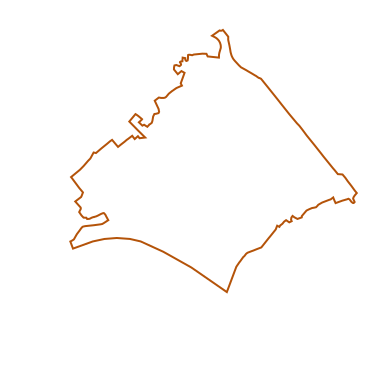 the district of Hai Ba Trung, Ha Noi, Vietnam, rotated 141°
{"feature_id": "81297802B70315889029707", "entity_name": "Hai Ba Trung", "entity_type": "district", "adm_level": 2, "iso_a3": "VNM", "parent_name": "Vietnam", "parent_adm1": "Ha Noi", "projection": "robinson", "projection_center": [105.856, 21.007], "detail": "fine", "context": "isolated", "style": "outline", "palette": "amber", "viewbox_px": 384, "rotation_deg": 141, "n_neighbors": 0, "source": "geoboundaries", "source_scale": "gbopen_adm2", "svg_char_len": 3677}
<svg xmlns="http://www.w3.org/2000/svg" viewBox="0 0 384 384"><g transform="rotate(141 192 192)"><path d="M75.5,258.2L75.6,259.4L75.8,260.8L75.9,262.4L76.2,267.1L76.2,269.1L76.1,270.1L75.9,271.1L75.7,272.0L75.5,272.8L75.1,273.9L74.4,275.5L74.0,276.4L72.9,278.3L71.8,280.3L71.3,281.2L70.4,282.9L69.6,284.5L68.3,287.1L68.0,287.6L66.6,289.3L66.1,289.9L66.0,298.5L67.1,298.6L68.0,299.1L68.5,299.6L68.9,300.2L78.1,300.8L76.8,297.9L76.2,296.2L75.9,294.1L75.9,292.4L76.3,290.4L77.2,288.2L78.0,287.0L78.9,285.9L83.1,283.0L84.6,281.7L86.5,279.5L94.5,287.5L93.8,290.3L96.8,292.9L104.1,297.7L105.8,298.2L107.3,300.0L108.4,300.8L108.9,300.9L111.3,298.1L112.6,297.0L113.8,297.3L114.1,297.9L114.1,298.3L113.8,299.3L113.0,300.3L114.7,302.3L117.2,299.6L118.4,300.4L119.4,300.6L119.8,300.3L119.8,299.0L120.3,297.9L120.6,297.7L121.9,297.6L122.6,297.7L123.0,298.4L124.3,300.6L126.0,301.4L127.5,300.2L128.9,298.6L128.9,292.5L124.1,292.6L122.8,289.3L132.4,283.5L132.9,281.0L138.7,282.6L144.3,283.0L148.2,283.0L152.2,282.2L153.5,282.3L154.6,282.8L156.8,284.5L157.7,285.6L158.4,286.3L159.7,286.3L163.5,286.4L165.7,277.6L167.1,275.0L168.4,274.4L170.9,275.5L172.1,276.3L174.7,275.1L178.0,272.2L179.7,271.1L181.6,271.1L182.7,271.3L182.8,271.2L185.7,270.8L186.9,274.4L188.8,274.8L189.4,279.6L185.7,279.8L185.0,280.0L185.2,281.2L185.9,284.8L186.5,287.0L186.9,288.1L196.4,286.2L195.2,273.6L194.1,263.8L198.9,266.8L198.9,269.4L203.2,269.2L203.2,270.3L203.1,273.3L208.9,273.5L209.8,273.6L212.8,273.5L217.3,273.6L221.1,273.6L221.3,282.8L223.9,283.0L227.3,282.9L234.9,282.9L242.1,282.7L243.6,284.6L249.9,282.0L253.2,281.6L259.9,280.4L265.1,279.8L276.6,279.7L276.6,278.2L277.1,266.2L277.0,260.3L280.1,258.5L281.3,257.9L288.7,258.1L288.3,250.0L289.0,248.9L292.3,247.4L292.6,243.9L292.6,242.7L292.4,240.3L292.2,240.1L290.3,238.5L290.5,237.0L288.8,235.8L287.6,235.4L286.2,235.2L285.2,234.8L284.4,234.6L284.0,234.2L283.0,233.9L282.2,233.5L281.2,233.2L279.6,232.8L276.5,232.2L274.6,231.6L274.0,231.3L273.7,230.9L273.7,230.1L273.6,229.0L274.1,226.7L274.4,224.9L274.6,224.1L274.8,222.8L275.7,222.9L279.7,223.3L281.8,223.6L283.2,224.3L289.1,227.9L296.5,232.7L298.5,233.7L299.3,233.8L301.1,233.5L303.2,232.9L308.0,231.7L309.3,231.2L312.6,229.9L313.0,229.7L313.9,229.5L314.7,229.6L316.4,229.8L317.7,230.1L320.1,222.9L300.2,216.0L289.6,210.6L279.4,203.6L269.8,194.6L263.0,185.9L252.0,163.8L250.1,159.1L240.0,133.7L227.9,92.3L204.6,106.0L200.3,107.3L199.7,107.5L199.2,107.6L198.6,107.7L198.2,107.8L196.4,108.3L194.2,108.9L193.7,109.0L193.4,109.1L193.1,109.2L191.8,109.2L188.8,109.9L188.0,109.9L186.9,109.8L182.6,108.4L181.2,107.9L177.9,106.9L173.0,105.3L160.9,108.0L160.4,108.1L160.2,108.1L156.5,108.9L150.5,110.2L148.1,111.6L147.9,111.7L147.0,112.2L146.0,109.9L144.6,110.5L141.8,110.4L139.1,111.0L136.6,110.9L135.5,107.2L132.9,106.6L132.4,108.2L130.8,109.6L128.9,110.1L128.4,108.0L127.0,104.7L122.7,103.2L121.7,104.2L114.8,105.5L114.6,105.5L111.9,104.9L108.8,104.0L107.2,103.1L105.2,102.1L103.3,102.3L101.9,102.6L97.5,101.9L90.4,99.6L88.9,99.0L85.7,98.9L86.8,95.3L87.4,93.0L80.7,90.7L77.9,89.5L77.3,89.3L76.5,88.9L74.7,88.3L74.2,87.0L74.3,83.9L73.9,82.3L73.3,81.7L71.9,81.9L71.0,85.4L69.9,86.2L67.8,86.9L64.6,87.5L64.6,90.8L64.3,96.5L64.2,102.3L63.9,106.6L64.0,110.9L67.4,114.1L67.4,116.2L67.4,119.3L67.5,121.7L67.5,124.4L67.5,129.5L67.5,131.9L67.5,135.5L67.5,136.9L67.4,141.3L67.4,142.5L67.3,151.1L67.3,160.9L67.3,163.8L67.0,170.8L66.9,176.0L67.2,179.3L67.3,185.0L67.4,191.5L67.3,203.5L67.2,210.0L67.1,226.1L67.1,236.6L67.5,237.3L67.6,237.5L67.7,237.9L67.8,238.1L68.1,238.4L68.3,238.6L68.4,238.9L69.3,242.2L69.6,242.8L71.0,246.7L72.5,250.6L73.1,252.3L75.5,258.2Z" fill="none" stroke="#b45309" stroke-width="2"/></g></svg>